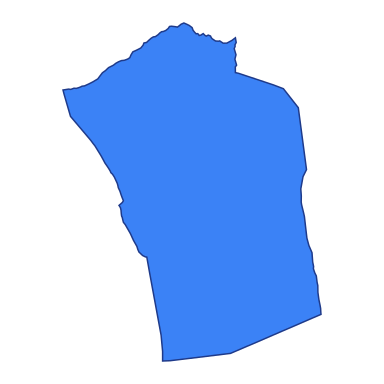 San Miguel Huautla, Oaxaca, Mexico (Robinson projection)
{"feature_id": "50627088B50573678957415", "entity_name": "San Miguel Huautla", "entity_type": "district", "adm_level": 2, "iso_a3": "MEX", "parent_name": "Mexico", "parent_adm1": "Oaxaca", "projection": "robinson", "projection_center": [-97.153, 17.754], "detail": "fine", "context": "isolated", "style": "filled", "palette": "blue", "viewbox_px": 384, "rotation_deg": 0, "n_neighbors": 0, "source": "geoboundaries", "source_scale": "gbopen_adm2", "svg_char_len": 2144}
<svg xmlns="http://www.w3.org/2000/svg" viewBox="0 0 384 384"><path d="M235.4,37.8L233.9,38.9L232.1,40.3L229.3,41.8L226.9,43.1L223.2,43.2L221.5,42.1L219.7,40.9L218.6,41.2L215.5,41.0L212.1,38.7L211.2,37.5L210.5,36.0L208.2,35.1L206.3,36.1L205.1,35.5L203.2,33.6L201.9,34.4L200.9,35.1L199.2,35.5L198.3,34.1L197.4,33.6L196.1,33.8L194.5,32.1L193.1,30.3L192.1,27.6L189.3,25.5L186.9,24.3L183.9,23.0L181.1,24.2L179.3,25.7L177.4,27.1L175.5,26.7L173.0,26.4L171.3,26.2L169.5,26.5L168.2,28.5L165.7,30.5L163.3,31.5L161.6,31.7L160.0,32.8L158.1,34.7L155.4,36.6L153.3,36.9L151.2,38.2L148.8,40.3L146.5,42.5L145.2,42.7L143.9,43.0L143.1,45.2L140.8,48.0L137.5,49.7L135.2,50.8L132.9,51.8L131.1,54.7L129.8,57.7L127.6,59.1L124.3,60.3L121.4,60.6L118.5,61.8L115.8,63.3L113.4,65.2L108.6,67.6L105.3,70.7L102.4,72.8L99.8,76.2L97.8,78.9L92.8,81.9L89.1,83.8L84.5,85.9L82.0,86.2L80.7,86.9L78.6,87.7L76.3,88.4L74.0,88.2L70.8,89.4L68.6,89.1L63.0,90.0L64.1,94.3L70.5,116.4L90.8,140.4L93.0,143.4L94.9,145.8L96.7,148.7L98.1,151.0L101.0,155.7L103.2,159.7L105.0,163.1L107.3,166.4L108.5,168.2L110.2,171.0L110.9,172.7L112.5,174.2L114.3,177.0L115.8,180.2L117.2,183.2L117.8,185.2L118.3,187.7L120.1,191.6L120.9,194.2L121.8,196.7L123.4,200.8L122.3,202.5L119.0,205.4L120.4,207.6L121.0,210.1L121.3,213.8L121.6,216.0L122.3,217.6L122.7,219.5L123.4,222.3L125.3,224.7L130.4,233.6L133.5,240.4L136.9,246.4L137.8,249.4L139.0,252.1L142.6,255.5L145.4,256.9L146.8,257.1L149.6,272.8L161.1,335.2L162.6,351.4L162.6,361.0L170.2,360.7L230.5,353.4L247.9,345.9L248.2,345.8L248.5,345.7L282.0,331.2L284.4,330.2L313.7,317.5L314.0,317.4L315.2,316.9L315.6,316.7L317.3,316.0L317.7,315.8L321.0,314.4L321.0,313.9L320.9,313.6L320.6,308.3L320.1,305.5L318.9,299.6L317.9,292.3L317.8,285.5L317.1,282.4L316.3,275.9L314.8,272.9L313.4,268.7L313.6,266.5L312.7,262.1L312.0,252.7L308.9,245.5L306.9,238.1L305.6,227.0L304.4,216.5L303.6,212.9L301.6,204.7L301.2,202.1L301.3,196.0L300.8,188.9L303.0,176.7L306.5,169.6L298.3,107.7L283.4,88.7L273.4,84.9L238.5,73.3L235.4,72.6L235.3,66.9L236.6,65.2L234.9,59.2L236.0,54.8L234.2,48.6L235.1,46.5L235.0,44.8L236.2,42.5L235.4,37.8Z" fill="#3b82f6" stroke="#1e3a8a" stroke-width="1.5"/></svg>